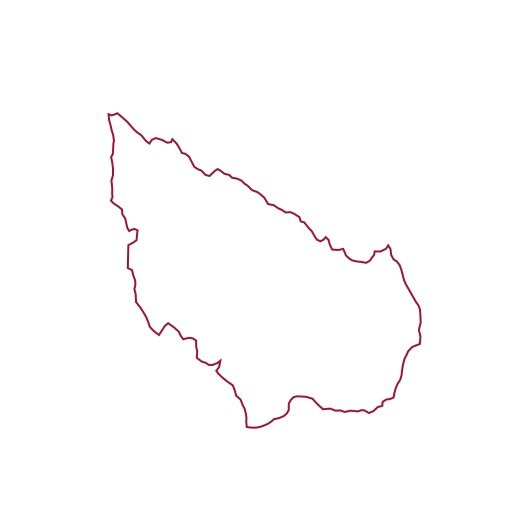 outline of Ribeirão Bonito, São Paulo, Brazil, rotated 336°
{"feature_id": "56859067B30092446236699", "entity_name": "Ribeirão Bonito", "entity_type": "district", "adm_level": 2, "iso_a3": "BRA", "parent_name": "Brazil", "parent_adm1": "São Paulo", "projection": "equal_earth", "projection_center": [-48.189, -22.038], "detail": "fine", "context": "isolated", "style": "outline", "palette": "rose", "viewbox_px": 512, "rotation_deg": 336, "n_neighbors": 0, "source": "geoboundaries", "source_scale": "gbopen_adm2", "svg_char_len": 2943}
<svg xmlns="http://www.w3.org/2000/svg" viewBox="0 0 512 512"><g transform="rotate(336 256 256)"><path d="M179.0,66.5L177.2,71.6L176.4,76.9L175.3,82.4L174.6,87.9L173.1,92.9L171.3,95.6L169.2,99.8L166.7,104.6L163.9,106.7L162.7,112.2L160.8,118.4L158.0,124.3L154.6,128.3L153.4,132.2L151.9,136.5L150.1,140.2L148.9,143.8L146.0,146.5L147.5,150.3L150.0,154.2L152.5,158.9L150.9,163.6L151.8,168.5L149.9,177.8L150.3,181.6L153.1,181.4L155.9,181.8L158.2,184.4L155.2,189.5L153.4,192.9L149.4,193.8L143.8,194.2L134.0,214.9L137.0,218.5L136.0,223.9L135.7,229.1L134.1,233.2L131.4,236.9L130.6,241.7L127.7,249.3L129.3,255.7L130.3,261.9L130.8,266.7L130.7,272.3L130.2,277.7L132.2,283.2L135.2,288.7L144.4,282.8L148.4,281.7L151.8,287.4L154.7,293.7L154.8,298.4L155.7,302.5L158.7,302.9L161.9,303.6L164.8,305.6L166.9,308.9L164.6,314.2L163.4,319.5L160.5,324.9L163.4,330.3L166.6,333.1L168.5,336.2L171.6,337.8L177.1,338.1L180.8,337.2L177.1,342.5L173.1,344.6L173.7,348.2L175.6,352.8L178.4,358.4L182.2,364.8L181.9,371.1L181.0,375.3L183.5,380.8L183.2,386.9L183.5,390.8L182.6,396.0L181.5,399.8L179.4,404.2L178.0,408.5L181.1,410.4L183.8,411.8L187.4,413.2L191.3,413.9L195.9,414.2L199.4,414.1L203.1,413.3L206.0,412.4L211.4,413.5L216.6,413.5L220.2,412.3L223.3,410.0L225.9,404.2L229.4,401.6L232.6,400.3L235.9,400.7L239.3,402.3L244.5,405.0L249.6,409.4L251.4,415.0L253.2,419.4L254.9,423.3L258.1,424.3L261.9,425.7L265.7,429.6L270.3,431.4L273.5,434.5L279.8,435.9L285.8,439.4L289.6,439.7L292.3,441.2L295.2,445.3L300.1,445.5L305.8,443.5L310.4,444.3L312.3,440.8L316.7,440.1L320.1,441.2L324.2,441.2L326.7,437.4L330.3,433.2L333.3,430.4L337.3,427.8L340.2,424.5L342.4,420.8L345.5,415.8L349.8,410.4L353.3,407.6L356.3,404.9L361.7,402.7L365.6,402.8L369.9,403.0L373.5,396.4L374.7,390.0L377.0,386.8L379.4,383.7L382.1,377.0L384.1,371.4L384.3,367.0L383.5,363.5L382.8,356.8L382.2,350.5L381.4,342.7L381.4,338.2L382.3,333.1L383.1,328.2L383.5,323.1L382.5,318.4L380.3,315.0L379.9,310.2L381.7,304.2L381.1,300.1L377.7,302.3L371.5,302.5L366.3,300.1L364.1,303.3L361.5,304.5L358.0,306.7L353.8,307.0L349.5,304.1L344.8,301.3L342.0,299.0L340.2,296.3L338.4,292.1L338.6,285.0L333.7,284.0L328.2,281.1L328.1,275.2L328.8,270.7L327.3,267.1L324.7,268.5L320.8,268.8L318.3,265.8L317.6,262.0L317.1,256.3L315.3,251.1L313.8,245.0L310.9,242.6L311.5,238.2L308.2,233.2L305.4,230.0L300.8,228.3L298.3,224.3L295.7,221.4L292.8,216.7L288.2,213.5L287.3,206.1L285.0,201.2L283.2,198.1L279.1,194.2L276.8,188.1L274.8,185.1L273.4,181.3L270.3,177.7L266.0,174.8L264.5,171.0L260.6,168.1L258.5,164.0L256.3,161.0L253.4,161.4L249.9,162.6L246.1,164.0L242.9,161.4L240.8,155.7L238.0,152.8L235.9,149.4L235.6,144.3L235.3,138.2L233.1,134.0L230.2,131.7L229.9,126.2L229.2,121.0L227.1,115.3L224.7,117.5L220.9,116.3L217.4,111.8L212.5,107.5L208.2,107.5L204.3,109.9L202.3,106.1L200.3,99.0L197.7,94.7L196.0,90.9L194.3,85.5L192.9,80.8L190.8,76.2L189.2,72.8L187.4,69.2L184.3,69.2L181.3,68.8L179.0,66.5Z" fill="none" stroke="#9f1239" stroke-width="2"/></g></svg>